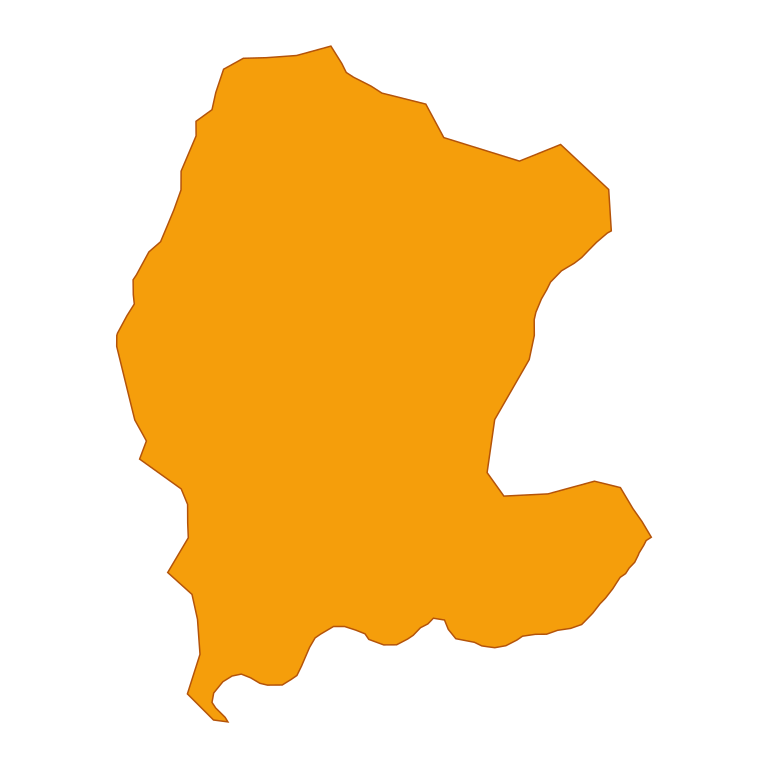 the district of Ikwuano, Abia, Nigeria
{"feature_id": "59680162B4745386112936", "entity_name": "Ikwuano", "entity_type": "district", "adm_level": 2, "iso_a3": "NGA", "parent_name": "Nigeria", "parent_adm1": "Abia", "projection": "albers", "projection_center": [7.59, 5.399], "detail": "fine", "context": "isolated", "style": "filled", "palette": "amber", "viewbox_px": 768, "rotation_deg": 0, "n_neighbors": 0, "source": "geoboundaries", "source_scale": "gbopen_adm2", "svg_char_len": 1824}
<svg xmlns="http://www.w3.org/2000/svg" viewBox="0 0 768 768"><path d="M611.3,230.9L608.7,189.5L560.6,144.5L519.4,161.1L443.8,137.6L425.8,104.1L381.9,93.1L371.2,86.2L353.5,77.2L346.9,72.9L346.1,72.2L341.8,63.5L330.9,46.1L296.6,55.5L266.2,57.7L243.3,58.3L223.6,69.2L215.8,92.5L212.0,109.7L196.0,121.3L196.1,135.9L181.1,171.2L181.0,190.0L174.0,209.6L167.5,225.3L160.6,241.7L148.9,251.9L136.4,274.9L133.1,279.8L133.3,294.7L134.3,304.0L127.0,315.6L117.5,333.2L116.8,335.5L116.7,346.4L118.7,354.6L131.1,405.1L134.8,420.0L143.7,436.0L146.4,441.0L139.6,459.1L181.2,488.9L187.6,504.4L187.7,523.0L188.3,537.8L167.7,572.5L192.0,594.4L197.5,619.3L200.0,654.3L187.4,693.9L213.5,720.0L227.9,721.9L225.1,717.3L215.7,708.0L212.0,702.4L213.7,693.0L222.9,681.7L232.1,676.0L241.3,674.1L250.6,677.8L259.9,683.3L267.4,685.1L282.2,685.0L291.4,679.3L296.9,675.5L301.6,665.9L302.3,664.2L309.6,647.3L315.1,637.9L320.6,634.1L333.5,626.5L344.6,626.5L355.7,630.1L365.0,633.8L368.8,639.4L383.7,644.9L396.6,644.8L407.7,639.0L413.2,635.3L420.5,627.7L427.9,623.9L433.4,618.2L433.8,618.3L444.5,620.0L448.3,629.4L455.8,638.7L465.1,640.5L474.4,642.3L481.8,645.9L488.0,646.8L494.8,647.7L505.9,645.7L516.8,640.1L517.0,640.0L522.5,636.2L535.4,634.3L546.6,634.2L551.4,632.5L557.6,630.3L570.6,628.4L581.7,624.5L587.2,618.9L592.7,613.2L600.0,603.8L605.5,598.1L612.8,588.7L616.3,583.2L620.1,577.4L625.6,573.6L629.2,568.0L634.7,562.3L638.4,554.8L639.0,553.1L643.7,545.4L646.2,540.5L651.3,537.2L642.1,521.7L632.9,508.6L620.4,487.6L594.4,481.2L547.9,493.9L503.9,496.1L487.1,472.6L494.7,419.6L520.8,374.2L529.2,359.6L534.3,335.5L534.3,334.7L534.2,319.7L535.9,312.2L541.4,299.0L546.8,289.6L550.5,282.1L561.5,270.8L567.2,267.4L574.3,263.2L581.7,257.5L589.1,249.8L596.4,242.4L602.1,237.5L607.4,233.0L611.3,230.9Z" fill="#f59e0b" stroke="#b45309" stroke-width="1.5"/></svg>